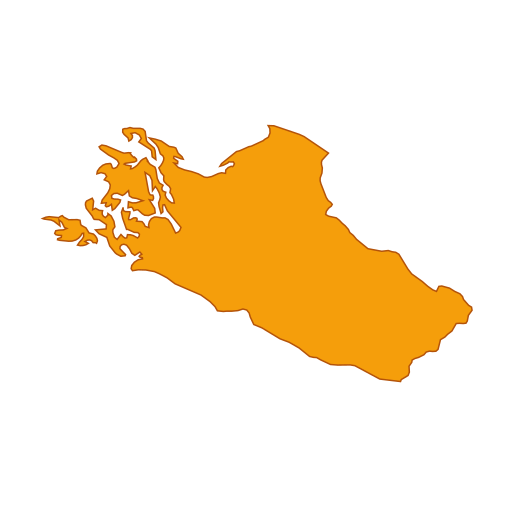 Marlborough District, orthographic projection, rotated 261°
{"feature_id": "NZL-3401", "entity_name": "Marlborough District", "entity_type": "Unitary Authority", "adm_level": 1, "iso_a3": "NZL", "parent_name": "New Zealand", "parent_adm1": "", "projection": "orthographic", "projection_center": [173.864, -41.59], "detail": "fine", "context": "isolated", "style": "filled", "palette": "amber", "viewbox_px": 512, "rotation_deg": 261, "n_neighbors": 0, "source": "natural_earth", "source_scale": "10m", "svg_char_len": 6113}
<svg xmlns="http://www.w3.org/2000/svg" viewBox="0 0 512 512"><g transform="rotate(261 256 256)"><path d="M260.8,131.7L263.0,130.7L266.1,131.8L268.9,134.9L270.7,139.0L270.9,143.5L272.1,143.5L273.0,141.2L273.8,140.5L274.7,141.2L275.6,143.5L278.1,141.9L275.6,136.4L278.1,133.8L282.8,132.2L286.9,129.9L288.3,127.4L288.1,125.0L286.7,123.3L284.5,122.7L277.8,127.4L276.7,126.8L276.9,122.4L279.7,118.7L281.2,117.4L288.8,113.1L297.7,111.6L302.5,104.5L306.9,101.5L306.2,112.2L310.4,113.2L316.4,106.8L317.5,101.9L318.5,101.3L321.1,100.5L329.7,95.8L333.2,95.5L335.3,96.0L336.8,97.2L338.7,103.3L335.6,104.2L327.2,101.9L328.3,105.0L325.6,108.3L324.8,111.6L322.8,110.8L320.9,110.7L319.2,111.5L317.5,113.2L319.5,116.1L321.1,116.4L318.2,119.2L312.5,121.1L306.9,121.2L304.4,118.7L301.8,118.3L296.7,119.1L294.1,121.4L298.4,126.0L295.9,127.7L294.1,129.5L294.2,131.2L297.2,132.4L296.6,135.3L295.4,138.0L292.3,141.9L293.8,143.7L295.8,144.3L297.6,143.0L298.4,139.4L302.4,133.4L302.5,132.3L314.1,130.2L320.2,129.9L324.8,132.4L322.8,132.1L321.3,132.5L320.3,133.9L319.4,138.4L318.0,138.2L313.0,136.0L311.9,135.9L311.5,137.8L312.8,141.1L312.5,143.3L311.8,144.3L310.6,144.3L309.1,143.4L307.8,148.8L305.4,150.3L302.6,151.2L300.8,154.7L303.5,154.7L306.7,156.1L309.3,158.5L310.4,161.7L310.0,164.1L308.3,169.3L307.9,172.1L305.8,174.8L300.8,177.3L291.2,180.2L291.8,182.8L293.0,184.6L296.0,186.4L314.5,175.5L321.0,173.7L321.0,172.1L318.5,171.3L314.2,171.0L312.8,168.9L320.1,168.0L323.8,168.1L326.5,169.7L329.3,170.8L333.5,170.3L337.7,168.9L340.4,167.4L336.7,164.0L347.0,165.1L352.0,163.7L355.9,159.5L336.2,160.0L333.2,160.9L332.7,161.6L332.3,163.6L330.7,164.0L328.8,163.8L327.1,162.6L328.3,159.4L318.9,163.4L314.3,163.2L312.8,156.1L313.7,152.4L315.5,150.3L320.0,146.7L320.3,145.3L319.9,142.4L322.7,141.6L323.6,140.9L323.8,139.5L323.6,137.1L329.6,138.5L327.8,142.2L327.3,145.8L328.3,153.0L331.4,147.3L332.9,142.9L335.2,140.3L340.5,140.3L337.5,135.7L336.7,133.5L339.7,128.8L339.9,125.3L338.4,122.7L335.5,122.7L334.4,125.0L333.7,128.6L332.5,131.0L330.2,129.9L324.9,124.0L323.6,121.2L329.7,121.3L328.2,118.3L328.0,115.9L329.2,115.0L332.0,116.4L332.3,111.5L335.3,112.8L341.6,119.5L345.3,122.1L349.0,123.2L352.3,122.1L355.0,118.0L358.0,121.0L360.9,119.7L362.6,116.0L362.0,111.7L364.6,112.6L367.4,115.3L369.6,118.8L370.4,122.1L370.2,126.5L369.3,127.3L365.6,127.9L364.8,128.9L364.8,130.4L365.6,132.5L368.8,135.2L372.2,134.0L375.1,131.0L378.8,126.2L385.9,119.1L388.4,118.1L389.7,121.1L388.3,125.1L379.3,139.6L378.2,141.8L378.0,146.3L377.5,148.3L376.9,147.8L374.4,149.2L372.3,150.9L372.7,151.5L370.4,153.1L368.7,153.0L367.9,150.7L368.0,141.2L367.4,140.1L366.2,141.8L364.4,146.8L361.7,145.7L361.7,147.6L363.0,150.7L364.3,153.0L368.0,157.1L369.2,159.1L370.3,162.7L366.7,164.1L366.6,163.6L363.1,165.8L359.5,170.1L357.1,170.6L347.9,170.6L343.2,172.0L340.4,175.3L338.3,173.8L336.2,173.5L334.4,174.5L333.1,176.9L330.4,175.8L327.2,176.6L324.1,178.6L321.7,180.9L321.1,183.6L325.2,183.5L330.1,182.1L332.0,180.9L335.8,182.2L338.4,181.2L340.8,179.0L343.9,176.9L345.9,176.7L349.6,177.5L353.1,175.2L358.3,173.8L360.1,176.0L362.5,178.1L365.0,179.7L367.2,180.3L369.4,179.8L371.9,177.5L378.4,176.4L382.1,174.7L389.3,169.1L387.1,174.9L384.4,180.4L377.8,187.4L376.3,191.9L375.2,193.7L369.7,195.2L365.6,198.5L363.0,199.3L363.8,197.0L366.8,191.9L367.2,190.5L365.4,189.9L361.8,193.6L359.4,193.0L360.6,189.6L355.6,193.1L352.2,198.9L349.5,205.5L346.2,211.8L342.0,217.3L341.2,220.2L341.4,224.6L343.3,231.6L343.6,235.0L342.4,238.8L345.7,239.6L347.7,242.4L348.5,245.5L347.9,246.9L348.6,247.8L350.4,249.1L352.4,248.4L353.2,243.8L352.3,242.7L350.8,238.0L350.3,234.4L352.7,236.5L362.2,253.0L362.5,256.3L365.1,266.0L365.2,268.5L368.8,281.2L369.8,282.7L371.4,286.8L375.3,289.1L379.6,289.6L382.9,288.4L381.8,294.1L369.4,317.7L366.4,322.2L346.3,343.7L340.3,336.2L338.4,335.3L335.9,335.0L332.6,335.3L327.6,334.1L323.1,331.6L320.3,331.1L317.3,331.4L302.9,334.5L299.4,336.0L297.3,338.1L295.1,339.4L293.5,338.2L291.9,335.2L289.2,332.5L286.1,331.3L284.0,333.9L281.1,341.3L278.4,343.8L274.9,346.2L271.9,348.8L267.8,351.4L264.5,352.3L261.1,355.3L256.7,357.9L245.7,367.7L241.0,380.9L240.7,387.5L238.9,391.1L237.8,394.6L235.4,397.4L219.5,403.9L213.9,407.0L204.7,416.3L199.2,420.9L194.9,425.3L192.8,428.7L197.4,431.9L197.3,434.8L194.0,442.1L189.9,446.8L186.8,451.5L183.7,453.6L180.5,454.2L174.0,458.3L171.8,460.9L168.6,460.9L164.2,456.5L158.7,454.5L156.8,452.9L156.9,450.1L157.7,446.5L158.0,443.2L151.3,437.8L148.7,433.0L146.4,429.9L144.5,425.1L135.3,421.2L133.8,418.8L134.1,415.4L134.9,412.5L134.5,409.1L132.2,406.4L130.4,400.7L129.9,396.9L128.8,393.9L126.6,393.2L123.2,389.9L117.3,389.3L114.2,387.5L111.2,380.1L109.4,379.1L115.1,359.0L132.2,336.5L133.7,332.0L135.5,319.6L137.2,312.6L143.3,303.6L146.2,300.0L146.9,296.9L148.4,293.2L158.4,284.2L165.7,275.1L170.5,266.7L184.1,250.6L188.7,243.1L196.6,240.8L200.8,240.3L204.1,238.4L205.7,234.8L204.9,229.6L205.3,223.5L206.1,218.5L206.3,215.1L207.9,209.3L212.4,207.6L218.1,203.5L226.1,195.5L241.2,171.7L248.4,164.7L253.7,157.6L256.5,153.2L259.4,145.1L260.8,137.6L260.8,131.7ZM294.7,97.2L296.8,96.0L297.9,94.2L298.0,91.9L297.1,89.3L294.7,92.4L293.7,89.8L293.4,86.8L293.7,84.0L294.7,81.4L297.4,83.9L299.5,86.6L301.9,88.7L305.5,89.3L305.5,87.8L303.3,86.0L301.4,83.6L300.0,80.5L299.5,76.7L299.9,73.3L302.2,64.5L303.1,62.5L304.1,62.8L304.8,66.6L306.7,67.1L307.4,63.9L308.3,61.7L309.8,60.7L312.3,62.2L312.4,65.6L311.9,69.8L312.8,73.5L314.1,71.3L319.7,69.5L322.4,67.1L316.4,67.1L322.0,61.8L323.6,59.2L325.6,52.5L326.4,51.1L327.2,54.5L327.2,57.9L324.8,67.1L325.9,69.5L326.2,71.0L324.4,72.3L321.1,76.7L319.9,85.1L318.8,87.8L314.6,87.8L313.5,88.4L310.4,92.4L304.9,94.7L303.1,98.9L300.9,100.5L298.4,101.6L295.8,101.8L293.5,100.5L294.2,99.7L294.7,97.2ZM399.1,143.7L402.0,144.2L402.4,145.9L402.1,148.5L402.6,151.6L401.3,154.7L400.2,161.6L399.0,164.3L396.4,166.0L386.9,165.9L384.5,167.2L378.5,172.3L375.7,172.8L366.9,172.2L370.2,169.0L376.3,169.3L377.9,168.3L387.0,158.1L390.0,161.1L393.8,159.7L396.7,155.9L396.6,151.6L394.4,152.8L392.3,152.5L390.5,151.0L389.4,148.4L392.6,148.1L396.8,144.7L399.1,143.7Z" fill="#f59e0b" stroke="#b45309" stroke-width="1.5"/></g></svg>